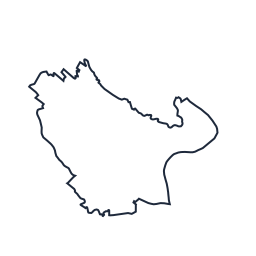 Vinh, Nghệ An, Vietnam (Robinson projection), rotated 335°
{"feature_id": "81297802B9978574523269", "entity_name": "Vinh", "entity_type": "district", "adm_level": 2, "iso_a3": "VNM", "parent_name": "Vietnam", "parent_adm1": "Nghệ An", "projection": "robinson", "projection_center": [105.69, 18.704], "detail": "fine", "context": "isolated", "style": "outline", "palette": "slate", "viewbox_px": 256, "rotation_deg": 335, "n_neighbors": 0, "source": "geoboundaries", "source_scale": "gbopen_adm2", "svg_char_len": 4852}
<svg xmlns="http://www.w3.org/2000/svg" viewBox="0 0 256 256"><g transform="rotate(335 128 128)"><path d="M133.7,214.7L134.0,213.1L134.6,210.5L135.4,208.4L135.5,208.1L136.0,206.6L136.7,204.6L137.3,203.0L137.6,201.9L138.1,200.4L138.5,199.0L139.0,197.1L139.6,194.7L140.0,192.1L140.3,190.2L140.8,187.5L141.1,185.7L141.8,183.7L142.3,182.3L143.0,181.1L143.9,180.0L146.0,177.6L148.3,175.3L150.0,174.3L152.4,173.2L154.6,172.3L157.2,171.4L158.9,171.1L160.8,171.3L163.2,171.5L165.5,172.1L167.3,172.8L169.6,173.8L171.6,174.9L174.0,176.2L176.3,177.3L178.6,177.8L180.2,177.8L182.3,177.7L184.7,177.8L187.2,177.8L188.1,177.6L201.8,174.0L202.4,173.6L207.1,170.1L208.4,166.4L208.7,164.0L207.7,157.1L206.0,150.1L205.9,149.9L203.6,145.1L203.4,144.6L202.1,141.8L199.0,136.8L195.2,130.0L194.0,126.0L191.2,126.3L187.4,126.9L188.0,124.2L187.9,123.3L186.8,121.5L186.4,121.6L185.7,121.6L185.3,121.5L184.8,121.1L184.4,120.8L182.8,122.3L181.2,123.6L180.4,124.8L179.9,125.9L179.7,126.6L180.0,127.7L180.4,129.4L180.7,130.7L180.8,132.4L180.5,133.5L179.7,134.7L178.7,136.2L178.0,137.6L179.0,138.6L179.8,139.9L180.5,140.9L180.7,142.0L180.7,143.2L180.5,143.8L179.8,144.9L179.6,145.6L179.5,146.5L179.2,147.2L178.6,147.9L177.7,148.4L176.7,148.8L175.5,148.4L174.4,147.8L173.4,146.6L172.3,145.6L171.4,145.1L170.4,145.0L169.2,145.2L168.2,145.6L167.2,145.7L166.4,145.5L165.5,144.6L165.2,143.9L165.3,142.6L165.3,141.7L165.0,140.8L164.3,140.1L163.1,139.3L161.9,138.5L159.9,136.8L158.6,135.7L158.1,134.9L158.0,134.3L158.2,133.8L158.8,133.5L159.0,132.9L158.8,132.3L158.1,131.9L157.2,131.5L155.3,131.1L154.5,130.9L153.6,130.4L153.0,129.7L152.7,129.2L152.7,128.5L153.1,127.9L153.9,127.2L154.3,126.7L154.3,126.0L153.7,125.6L153.1,125.3L152.2,125.2L151.8,125.0L151.4,124.4L150.9,124.0L150.0,124.0L148.5,124.0L147.9,123.9L147.2,123.3L146.8,122.8L146.5,122.0L146.2,121.0L145.7,120.1L144.2,118.7L143.2,115.1L143.0,114.3L142.8,113.5L142.2,113.3L141.6,113.3L141.1,113.8L139.7,112.2L140.2,108.5L140.7,105.3L139.4,104.8L139.4,102.1L137.0,99.9L134.4,99.7L132.1,97.4L128.3,91.6L123.2,82.7L121.8,78.8L121.5,77.9L121.5,77.0L121.4,76.5L120.5,74.7L120.4,74.4L120.5,74.2L120.9,73.9L121.4,73.9L121.6,73.8L121.8,73.5L121.9,73.0L121.9,72.7L121.8,72.3L120.3,71.3L120.0,70.9L120.0,70.7L120.1,70.4L120.8,70.2L121.1,69.9L121.0,69.2L120.3,66.9L120.2,66.2L120.2,65.4L120.3,64.4L120.5,63.6L120.4,63.1L119.6,61.7L119.1,59.9L118.9,57.9L118.8,56.4L119.2,53.9L119.5,52.0L119.7,51.4L119.7,50.3L119.4,49.5L118.6,48.2L117.9,47.6L117.4,47.6L117.1,47.9L116.8,48.5L116.6,49.5L116.2,51.2L116.2,51.6L116.3,53.8L116.1,53.9L115.8,53.9L115.2,52.8L112.4,48.1L107.0,52.0L108.4,55.0L107.2,56.1L106.2,54.6L105.7,54.4L105.6,54.5L104.6,57.6L104.5,58.2L104.4,58.7L104.6,59.7L104.5,59.9L104.4,60.1L104.2,60.0L102.7,58.9L102.4,58.8L102.2,58.8L102.1,59.3L101.8,60.5L101.3,60.8L101.0,60.9L100.6,60.7L99.9,59.7L94.5,47.5L91.3,49.3L92.9,54.9L93.0,55.2L92.8,55.5L91.1,55.9L90.6,56.4L89.4,58.0L86.1,50.7L84.4,47.1L84.1,46.9L83.8,47.0L83.4,47.4L83.0,47.9L82.9,48.7L82.8,49.1L82.5,49.4L82.2,49.4L81.8,48.8L81.0,47.4L80.6,46.9L80.2,46.7L78.9,46.7L78.4,46.6L78.3,46.3L78.0,43.0L78.0,42.4L77.8,42.3L76.2,41.8L74.9,41.4L73.3,41.3L71.9,41.5L70.1,42.6L62.1,48.3L61.8,48.4L61.0,48.4L58.7,48.0L57.3,48.0L55.9,48.8L59.7,56.7L60.2,58.7L60.5,60.3L56.9,61.6L60.6,68.3L61.7,70.7L59.9,71.7L59.6,72.1L59.4,74.1L54.8,73.4L54.0,73.5L53.5,73.8L52.8,74.6L51.9,75.9L51.5,77.5L51.5,83.8L50.7,87.8L50.0,91.1L48.2,94.6L47.5,96.3L47.3,97.8L47.3,99.0L47.3,100.7L49.3,105.0L51.3,109.7L51.7,110.9L52.1,112.6L52.4,114.0L52.4,115.3L52.3,117.5L51.7,119.8L51.2,123.1L51.6,124.6L52.0,126.5L52.3,128.0L52.8,129.0L53.3,130.2L53.7,131.5L53.9,132.9L54.1,134.4L54.5,135.5L55.7,137.3L56.8,138.7L57.3,139.7L57.3,140.8L57.4,143.8L57.5,145.2L57.8,146.2L58.6,147.7L59.9,148.9L57.6,149.5L49.9,152.5L49.6,152.5L52.7,158.9L53.5,160.5L53.5,160.9L53.6,161.8L53.5,162.4L53.1,162.9L53.0,163.3L53.1,163.8L54.2,166.4L54.4,167.9L55.2,171.3L55.9,172.3L56.6,172.9L57.9,174.1L58.0,174.4L58.0,174.8L58.0,175.6L57.8,176.4L57.5,176.9L57.1,177.2L56.7,177.3L53.0,177.2L52.7,177.3L52.6,177.6L52.7,177.9L55.3,181.9L55.6,182.7L55.8,182.7L56.4,182.4L56.8,182.2L57.2,182.4L57.4,182.7L57.1,184.4L56.4,187.2L56.4,187.7L56.4,187.9L56.9,188.4L58.8,189.5L59.9,189.3L61.8,188.5L63.3,188.2L65.1,188.6L66.1,189.5L66.3,190.2L66.3,191.6L66.2,193.2L66.1,194.2L66.3,194.6L66.7,194.6L67.5,195.0L67.9,195.5L67.9,196.3L67.9,197.0L68.1,197.2L68.8,196.9L69.6,196.6L69.7,196.0L69.6,195.5L69.7,194.9L70.1,194.5L70.7,194.3L71.8,194.2L72.9,194.1L73.7,194.6L74.1,194.8L74.5,194.8L75.5,194.1L75.9,194.2L76.1,194.5L76.1,194.8L74.1,199.1L74.9,199.6L78.0,200.8L92.1,205.1L95.1,207.4L99.7,207.1L102.6,201.0L102.9,200.7L101.5,197.8L102.6,196.9L103.3,198.1L106.8,197.2L108.0,196.7L114.7,204.6L117.0,206.5L119.1,208.0L121.8,208.9L125.7,209.8L128.4,211.2L129.0,211.5L132.0,213.6L133.7,214.7Z" fill="none" stroke="#1e293b" stroke-width="2"/></g></svg>